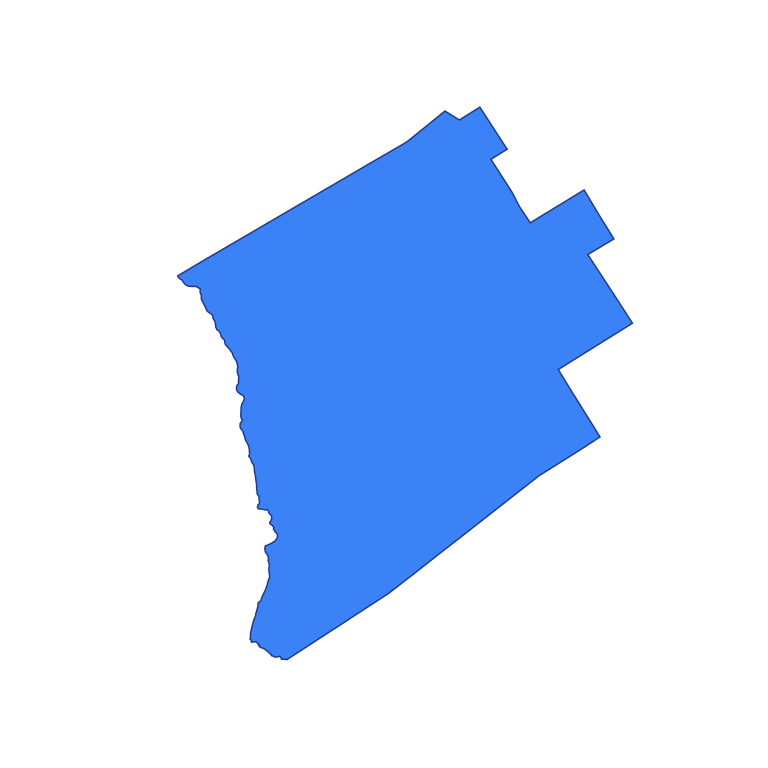 Merlo, Buenos Aires, Argentina (Natural Earth projection), rotated 284°
{"feature_id": "61730980B89820972090318", "entity_name": "Merlo", "entity_type": "district", "adm_level": 2, "iso_a3": "ARG", "parent_name": "Argentina", "parent_adm1": "Buenos Aires", "projection": "natural_earth1", "projection_center": [-58.788, -34.707], "detail": "fine", "context": "isolated", "style": "filled", "palette": "blue", "viewbox_px": 768, "rotation_deg": 284, "n_neighbors": 0, "source": "geoboundaries", "source_scale": "gbopen_adm2", "svg_char_len": 5624}
<svg xmlns="http://www.w3.org/2000/svg" viewBox="0 0 768 768"><g transform="rotate(284 384 384)"><path d="M663.6,377.1L625.5,348.4L622.4,345.5L621.3,344.4L596.3,318.6L459.7,178.5L439.0,157.6L438.2,158.2L437.5,159.0L436.7,160.5L436.4,161.7L436.1,162.6L434.7,164.2L434.0,165.1L433.1,166.1L432.4,167.3L432.0,168.8L431.8,169.5L431.6,170.3L432.0,173.2L432.3,174.3L432.9,177.0L433.2,178.2L432.7,179.7L432.3,181.2L431.9,182.5L431.3,182.7L428.5,183.4L427.2,184.1L426.0,185.2L425.4,185.5L423.0,185.9L421.0,187.1L419.6,188.5L417.6,190.1L415.6,191.9L413.1,193.7L412.5,194.1L412.1,194.7L411.6,195.5L410.9,197.0L410.5,198.6L409.9,199.8L409.1,201.1L408.2,201.5L407.0,202.0L406.5,202.2L405.7,202.9L404.5,204.1L404.1,204.6L403.3,205.3L401.9,205.7L400.0,206.5L398.3,207.1L396.9,208.4L396.3,208.7L395.9,209.9L395.1,211.5L393.5,213.0L392.1,213.9L391.2,214.3L390.6,214.7L390.2,215.2L389.5,215.9L389.1,216.4L388.9,217.1L388.6,217.9L388.2,218.6L386.9,219.0L386.3,219.2L385.2,219.8L384.6,220.1L384.1,220.5L383.3,221.4L382.9,222.0L382.5,222.7L382.1,223.2L381.7,223.8L381.3,224.5L380.9,225.2L380.5,225.6L379.8,226.3L379.3,227.0L378.5,227.9L378.0,228.8L377.4,229.3L376.7,229.6L376.0,230.1L375.1,230.8L374.6,231.1L374.1,231.4L373.4,232.1L373.0,232.6L372.6,233.1L372.1,233.7L371.5,234.2L371.0,234.8L370.4,235.2L369.8,235.6L369.1,236.2L368.3,236.6L367.8,236.8L367.0,237.1L366.4,237.5L365.8,237.8L365.0,238.0L364.4,238.0L363.7,238.0L363.1,238.1L362.0,238.4L361.5,238.4L360.5,238.6L359.7,239.0L358.9,239.4L358.4,239.7L357.9,240.0L357.4,240.3L356.8,240.9L356.3,241.2L355.3,241.5L354.5,241.6L353.9,241.7L353.2,241.8L352.5,241.9L351.5,242.1L350.9,242.2L350.3,242.4L349.6,242.7L348.9,242.7L348.4,242.4L347.9,242.1L346.8,241.7L346.0,241.7L345.0,241.7L344.4,241.9L343.8,242.0L343.2,242.2L342.5,242.6L341.7,243.2L341.0,244.0L340.6,244.7L339.8,246.4L339.4,247.4L339.2,248.1L339.0,248.9L338.8,249.9L338.1,250.7L337.5,251.3L336.8,251.6L336.1,252.0L335.1,252.1L334.5,251.9L333.6,251.9L332.8,251.7L332.1,251.4L331.6,251.3L330.9,251.0L330.4,251.0L329.6,251.0L329.0,251.0L328.3,250.9L327.7,250.9L326.9,251.0L326.1,251.2L325.6,251.3L324.8,251.5L323.6,251.7L321.9,252.0L320.2,252.4L319.7,252.7L319.1,252.7L318.2,252.8L317.4,253.2L316.6,253.7L315.6,254.2L315.2,254.6L314.7,255.2L314.0,255.4L313.2,255.0L312.4,254.5L311.7,254.3L310.9,254.0L310.2,254.1L309.4,254.4L308.3,254.5L307.6,254.8L307.0,255.1L306.2,255.5L305.7,256.3L305.1,257.1L304.6,257.9L303.8,258.5L303.2,258.9L302.5,259.2L301.8,259.8L301.2,260.1L300.7,260.5L300.2,260.9L299.1,261.7L298.4,262.0L297.7,262.3L296.7,262.8L296.0,263.3L295.3,263.9L294.3,264.9L293.9,265.4L293.0,266.2L292.5,266.5L292.0,266.9L291.5,267.3L290.8,267.8L290.3,268.1L289.5,268.5L288.9,268.7L288.3,269.0L287.6,269.2L286.9,269.5L286.4,269.6L285.5,269.8L284.8,270.2L284.1,270.4L283.4,270.6L282.7,270.5L282.1,270.2L281.3,270.2L280.8,270.6L280.3,271.4L279.7,272.3L279.1,272.9L278.5,273.2L277.9,273.5L277.3,273.9L276.9,274.4L276.2,274.7L275.7,275.0L275.1,275.6L274.7,276.2L273.9,277.0L272.6,277.8L271.6,278.2L271.1,278.5L270.3,278.8L269.7,279.0L269.0,279.1L268.2,279.3L267.5,279.7L266.6,280.0L264.6,281.1L264.0,281.5L262.9,281.8L262.3,281.9L260.6,282.7L259.7,283.0L258.8,283.3L258.4,283.5L257.4,284.0L256.8,284.2L255.1,284.8L254.5,285.0L253.3,285.3L252.8,285.4L251.7,285.7L251.0,286.0L250.2,286.3L249.1,286.8L248.5,287.1L247.1,287.3L246.6,287.7L245.9,288.4L245.2,289.2L244.4,290.0L242.6,290.5L241.5,290.8L240.4,291.4L239.8,291.6L238.8,291.9L237.5,291.8L236.8,291.3L236.0,290.9L234.4,290.9L233.6,291.1L232.6,291.9L232.6,293.8L232.8,294.4L233.2,295.9L233.0,297.7L233.1,299.2L233.3,300.0L233.6,300.9L233.5,301.7L233.2,302.2L232.8,302.7L231.5,303.1L230.7,303.8L229.8,305.3L229.0,306.6L228.5,307.0L227.8,307.1L227.2,307.3L226.2,307.5L225.3,307.5L223.6,307.3L222.1,306.6L221.5,306.7L220.7,307.2L220.3,308.2L220.0,309.3L219.7,309.9L219.1,310.6L218.3,311.9L217.0,311.9L216.4,311.9L215.5,313.0L214.3,314.0L213.8,315.0L213.0,316.1L212.3,316.8L210.8,317.5L208.4,317.5L204.8,316.0L203.7,314.5L202.6,313.8L200.1,310.7L198.2,308.0L197.3,308.0L194.9,308.3L192.1,309.7L190.9,311.2L190.0,312.1L188.4,313.4L187.0,314.1L184.6,314.3L181.6,316.1L179.7,316.8L177.8,316.8L174.6,317.6L172.7,318.5L169.1,319.8L166.2,319.3L162.4,319.2L159.8,319.2L156.0,318.9L155.3,318.7L149.8,317.5L147.6,317.1L146.4,317.0L143.8,316.9L142.4,315.6L140.9,314.8L137.9,315.4L134.8,315.4L129.8,315.2L127.6,315.5L125.6,315.1L123.7,314.7L122.1,314.8L119.7,314.6L117.5,314.6L114.1,314.7L111.1,314.7L109.6,314.8L108.8,315.0L108.2,315.2L107.3,315.4L106.7,315.4L106.1,315.6L105.4,315.8L104.1,315.7L103.6,316.7L103.1,317.3L102.5,317.4L101.9,317.5L101.4,318.0L101.7,318.4L102.1,319.3L102.2,320.0L102.6,320.9L102.8,321.8L102.6,322.4L102.3,323.2L102.0,324.1L101.4,324.4L100.9,324.8L101.1,325.4L100.8,326.2L100.3,326.0L99.7,326.0L99.1,326.5L98.8,327.3L98.4,328.1L98.5,329.1L98.5,329.9L98.3,330.5L98.2,331.2L97.9,332.1L97.8,332.8L97.6,333.5L97.1,334.1L96.7,334.8L96.5,335.3L96.2,336.1L95.8,336.8L95.4,337.6L94.9,338.3L94.6,338.9L94.6,339.5L94.3,340.1L93.6,340.2L93.2,340.6L93.5,341.2L93.2,341.7L92.9,342.6L92.8,343.4L92.7,344.2L92.9,345.4L93.2,346.1L94.5,348.7L94.2,349.3L93.7,350.1L93.2,350.5L92.7,350.9L92.2,351.0L92.3,351.7L92.5,352.7L92.7,353.6L92.8,354.2L93.0,354.9L93.1,355.7L93.1,356.5L115.1,377.0L181.8,439.0L209.0,460.4L233.9,479.7L247.7,490.6L309.6,538.8L332.7,556.8L356.4,579.6L371.9,594.4L384.9,606.4L410.1,580.4L424.9,565.1L440.2,549.6L460.1,568.8L503.1,610.4L525.1,586.9L558.9,550.4L580.4,572.0L599.8,552.0L620.7,531.2L575.8,486.9L588.7,472.7L590.9,470.7L601.1,461.8L627.9,433.4L641.6,446.7L675.8,410.0L658.4,393.2L663.6,377.1Z" fill="#3b82f6" stroke="#1e3a8a" stroke-width="1.5"/></g></svg>